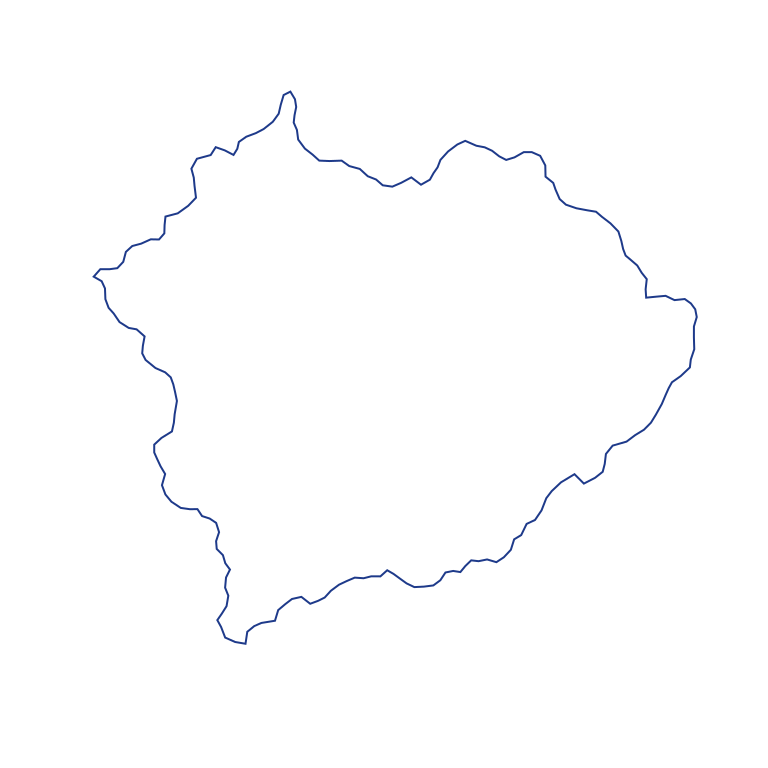 Senhora do Porto, Minas Gerais, Brazil, rotated 278°
{"feature_id": "56859067B27680733127360", "entity_name": "Senhora do Porto", "entity_type": "district", "adm_level": 2, "iso_a3": "BRA", "parent_name": "Brazil", "parent_adm1": "Minas Gerais", "projection": "albers", "projection_center": [-43.08, -18.914], "detail": "fine", "context": "isolated", "style": "outline", "palette": "blue", "viewbox_px": 768, "rotation_deg": 278, "n_neighbors": 0, "source": "geoboundaries", "source_scale": "gbopen_adm2", "svg_char_len": 2764}
<svg xmlns="http://www.w3.org/2000/svg" viewBox="0 0 768 768"><g transform="rotate(278 384 384)"><path d="M402.9,661.9L412.6,664.5L419.5,666.5L425.8,668.9L433.1,676.7L443.0,684.6L450.9,684.4L461.6,686.4L473.3,684.4L484.1,682.9L493.8,684.4L501.3,681.8L506.5,676.7L510.0,670.0L507.5,660.0L510.5,650.6L508.6,642.4L506.0,631.6L514.2,629.9L524.4,629.6L530.0,623.7L536.6,618.3L541.1,611.3L544.8,605.4L551.0,602.0L558.7,599.1L567.6,594.9L574.6,585.9L579.8,576.7L584.1,570.0L584.3,561.1L584.8,550.1L586.9,539.2L591.6,532.2L600.4,526.8L606.7,523.6L611.8,515.1L622.9,513.3L631.7,506.9L634.2,498.0L633.1,490.2L626.6,481.7L622.9,473.8L625.5,466.4L630.0,458.6L632.4,450.8L632.8,442.3L636.1,430.6L631.4,423.3L623.2,415.1L613.8,408.7L606.0,406.9L599.7,403.7L592.7,401.0L586.5,392.9L592.4,382.3L585.6,373.0L580.6,364.8L580.6,355.1L585.4,347.7L587.5,339.0L593.6,330.1L595.0,319.2L599.3,311.0L597.2,299.0L596.2,288.8L601.2,281.4L606.1,272.9L614.1,265.0L623.5,262.4L630.3,258.2L637.7,258.0L646.1,258.5L653.6,256.2L660.5,250.6L656.2,244.4L646.2,242.9L637.0,242.1L628.2,237.4L619.7,229.3L614.6,222.2L609.7,213.2L603.5,206.6L596.5,206.0L589.9,203.1L593.2,193.8L595.1,184.4L586.6,180.5L581.0,167.4L570.4,163.3L561.9,166.9L553.8,168.8L542.3,171.9L533.2,165.3L524.3,156.0L519.4,144.3L510.9,144.6L502.6,145.5L495.8,141.1L494.8,132.9L489.2,124.0L485.6,115.5L478.9,110.0L468.7,108.8L461.6,103.8L459.5,96.3L458.2,87.1L449.9,81.6L446.5,90.1L439.8,94.4L429.2,96.3L421.1,100.7L416.2,106.5L408.5,113.5L404.0,123.4L403.7,131.4L397.8,140.3L388.2,139.9L380.7,140.3L374.6,144.6L368.0,155.5L365.1,165.7L360.9,171.9L354.3,175.4L347.3,178.1L338.4,181.3L324.9,180.9L316.4,181.3L307.5,180.6L299.7,171.2L292.0,164.9L284.2,166.0L278.3,169.7L271.4,174.2L264.4,179.8L252.9,178.2L244.2,182.9L237.8,189.9L233.0,200.0L233.0,209.0L234.1,216.7L227.9,222.2L226.5,230.1L223.1,237.1L214.3,241.3L205.0,239.6L197.4,241.3L192.1,248.3L184.4,251.8L178.8,257.3L170.4,254.5L160.2,255.0L152.7,259.3L142.1,259.0L133.9,255.3L127.0,251.8L120.7,256.5L110.8,262.0L107.8,272.5L107.5,283.0L119.6,283.1L126.2,289.2L130.3,295.8L134.4,309.0L145.4,310.7L152.3,316.9L158.3,322.8L161.7,331.8L156.1,341.5L160.1,348.9L164.3,355.0L171.9,360.2L179.0,367.4L183.6,374.4L188.2,382.0L188.8,390.8L191.8,398.2L193.0,407.2L200.0,413.1L197.3,419.8L193.4,427.1L189.7,434.1L187.1,442.3L188.9,451.7L191.4,460.9L197.5,467.1L205.9,471.1L208.5,478.5L208.4,485.8L215.1,489.9L221.5,494.9L221.7,502.3L224.6,510.5L223.2,520.1L229.1,526.8L237.5,532.7L248.3,534.5L253.5,540.9L265.3,544.7L270.4,552.5L280.8,557.6L293.5,560.6L301.3,565.0L311.3,573.0L321.2,585.2L313.2,595.8L320.5,606.1L327.5,612.8L335.6,613.7L345.6,613.5L354.8,619.0L360.7,632.2L368.3,639.8L374.9,647.8L382.8,653.7L391.5,657.5L402.9,661.9Z" fill="none" stroke="#1e3a8a" stroke-width="2"/></g></svg>